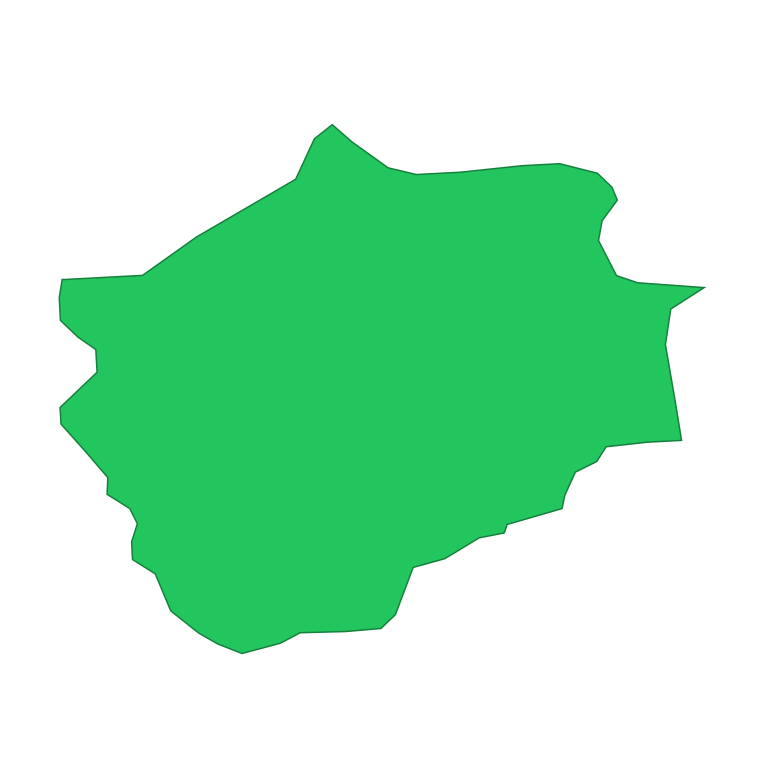 the district of Laholm, Halland, Sweden, rotated 177°
{"feature_id": "70781695B78273070971821", "entity_name": "Laholm", "entity_type": "district", "adm_level": 2, "iso_a3": "SWE", "parent_name": "Sweden", "parent_adm1": "Halland", "projection": "robinson", "projection_center": [13.225, 56.526], "detail": "fine", "context": "isolated", "style": "filled", "palette": "green", "viewbox_px": 768, "rotation_deg": 177, "n_neighbors": 0, "source": "geoboundaries", "source_scale": "gbopen_adm2", "svg_char_len": 959}
<svg xmlns="http://www.w3.org/2000/svg" viewBox="0 0 768 768"><g transform="rotate(177 384 384)"><path d="M150.2,573.0L159.9,583.3L197.0,594.8L234.1,594.8L296.8,591.5L340.9,591.5L368.7,599.7L403.5,627.6L420.7,644.3L422.1,645.7L440.7,632.5L461.5,593.1L563.6,540.6L619.5,505.1L699.6,505.1L699.9,505.2L703.8,487.1L703.8,464.4L686.9,446.6L670.0,433.5L669.9,410.8L708.7,377.5L708.6,360.8L686.7,333.5L664.7,305.0L666.3,288.3L644.4,272.9L637.6,257.4L644.3,239.6L644.3,221.8L643.3,221.1L622.4,206.4L608.8,168.5L581.9,144.8L563.3,132.9L539.9,122.3L501.0,130.6L480.8,140.0L435.3,138.8L399.9,140.0L384.7,153.1L371.2,183.9L364.5,199.3L332.4,206.4L297.0,225.4L271.7,229.0L268.4,237.3L243.1,243.2L212.7,250.3L209.3,263.4L197.5,286.0L175.6,295.5L165.4,309.7L124.9,312.1L89.8,312.1L93.9,349.8L100.9,408.6L93.7,443.9L59.3,463.5L125.3,471.8L146.1,480.0L162.3,516.1L157.6,535.7L141.4,555.4L146.0,568.5L150.2,573.0Z" fill="#22c55e" stroke="#15803d" stroke-width="1.5"/></g></svg>